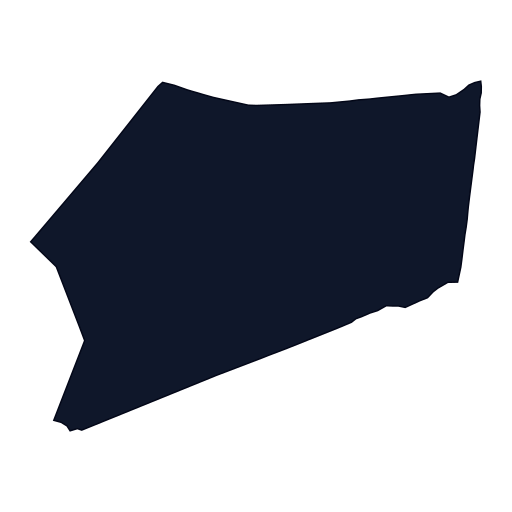 Macaíba, Rio Grande do Norte, Brazil (Mercator projection)
{"feature_id": "56859067B85217474168126", "entity_name": "Macaíba", "entity_type": "district", "adm_level": 2, "iso_a3": "BRA", "parent_name": "Brazil", "parent_adm1": "Rio Grande do Norte", "projection": "mercator", "projection_center": [-35.38, -5.941], "detail": "fine", "context": "isolated", "style": "filled", "palette": "ink", "viewbox_px": 512, "rotation_deg": 0, "n_neighbors": 0, "source": "geoboundaries", "source_scale": "gbopen_adm2", "svg_char_len": 1100}
<svg xmlns="http://www.w3.org/2000/svg" viewBox="0 0 512 512"><path d="M53.8,420.3L61.1,422.3L67.0,425.9L70.1,430.8L77.4,428.6L81.7,430.1L216.2,375.4L263.6,357.3L267.8,355.6L287.7,348.0L341.4,326.5L351.5,322.2L355.9,318.7L361.5,316.7L369.7,313.1L377.6,310.6L386.3,305.7L393.3,306.0L398.5,306.0L405.2,307.4L419.6,300.8L427.5,297.7L433.1,291.8L437.7,288.2L447.8,282.3L457.6,282.1L460.8,267.2L461.8,259.6L463.0,249.7L464.0,242.0L464.9,234.7L466.1,227.4L467.2,219.0L467.7,213.0L468.3,206.8L469.5,196.9L473.0,169.7L473.5,165.2L474.5,158.7L476.8,139.0L480.0,112.1L479.6,105.5L479.8,99.1L481.2,92.9L481.3,86.5L480.7,81.2L474.7,82.6L468.9,85.1L464.2,89.4L456.3,94.8L448.9,97.2L440.2,93.1L415.9,94.3L410.9,94.8L406.4,95.3L401.6,95.8L387.3,97.2L377.3,98.2L369.5,99.1L358.5,99.9L349.5,101.1L338.9,102.1L330.6,102.9L319.7,103.3L314.2,103.5L285.7,104.6L256.3,105.5L248.3,105.2L213.2,97.4L203.3,94.6L198.3,93.1L192.3,91.4L187.3,89.9L174.3,85.3L162.6,82.4L158.0,86.5L97.7,163.0L60.5,206.8L34.3,237.6L30.7,241.8L56.3,266.7L79.3,326.3L84.7,340.6L53.8,420.3Z" fill="#0f172a" stroke="#020617" stroke-width="1.5"/></svg>